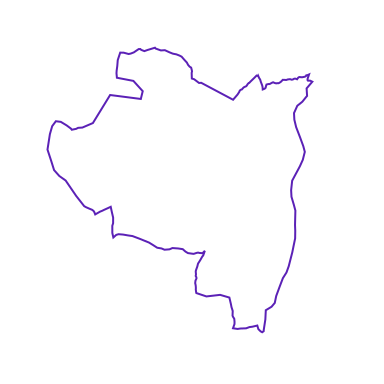 Obowo, Imo, Nigeria, rotated 351°
{"feature_id": "59680162B2017456399117", "entity_name": "Obowo", "entity_type": "district", "adm_level": 2, "iso_a3": "NGA", "parent_name": "Nigeria", "parent_adm1": "Imo", "projection": "equal_earth", "projection_center": [7.374, 5.555], "detail": "fine", "context": "isolated", "style": "outline", "palette": "violet", "viewbox_px": 384, "rotation_deg": 351, "n_neighbors": 0, "source": "geoboundaries", "source_scale": "gbopen_adm2", "svg_char_len": 3320}
<svg xmlns="http://www.w3.org/2000/svg" viewBox="0 0 384 384"><g transform="rotate(351 192 192)"><path d="M305.0,144.2L304.4,136.6L305.1,130.0L309.5,123.3L315.1,120.1L319.5,116.1L320.7,115.1L321.4,107.6L328.1,101.9L326.1,100.5L324.0,100.2L323.6,99.4L324.0,98.0L326.0,94.2L324.1,94.7L323.2,94.6L322.7,95.3L321.5,95.8L318.7,95.9L317.3,95.6L316.5,95.3L315.7,95.3L314.8,95.7L313.4,97.1L312.1,96.3L311.0,96.1L310.3,96.2L309.4,96.6L308.1,96.7L306.5,95.9L304.1,95.8L302.8,96.1L299.2,95.4L297.9,96.4L296.8,97.2L296.1,97.5L295.2,97.9L294.1,98.1L293.1,97.8L292.2,97.9L290.8,97.3L290.0,96.8L289.5,96.4L288.6,96.4L288.0,96.7L287.2,96.9L286.5,97.2L285.9,97.4L285.2,97.5L284.3,97.3L282.8,97.5L282.4,97.5L281.8,98.6L281.0,100.6L280.0,101.3L278.9,101.6L277.9,101.8L278.0,100.6L278.1,99.4L278.0,97.8L277.6,95.8L277.2,93.9L276.9,91.6L276.1,89.8L275.8,88.7L275.5,87.5L275.3,87.8L274.0,87.1L271.3,89.1L267.0,92.1L265.6,93.2L265.1,93.2L263.9,94.1L262.7,95.5L262.1,96.0L260.9,96.3L259.6,96.7L259.1,97.0L257.3,98.5L256.0,98.7L255.0,99.4L254.2,100.7L252.2,102.9L247.0,107.3L218.2,85.6L216.0,85.4L211.8,81.0L209.6,79.9L209.8,78.2L210.3,74.3L210.9,72.8L210.8,70.8L210.6,69.0L209.3,67.9L208.0,65.8L207.2,63.4L204.9,59.9L202.9,56.7L201.0,55.3L198.1,53.6L195.6,52.7L194.6,52.3L191.6,50.5L187.4,47.7L183.4,47.3L178.5,44.6L178.0,43.7L170.1,44.8L167.0,45.4L164.1,43.7L163.3,42.7L161.7,42.5L158.9,43.8L156.4,45.0L153.1,45.7L151.0,45.8L146.3,43.7L142.9,43.1L139.3,50.1L137.9,55.9L136.6,60.2L136.0,62.8L135.7,67.4L151.5,73.1L159.1,84.7L156.0,92.1L126.3,83.4L104.9,108.4L93.8,111.2L89.5,110.8L87.5,111.5L83.0,111.7L82.4,110.5L78.6,106.6L73.4,102.2L68.6,100.8L64.2,105.1L60.7,112.6L55.9,127.5L57.8,139.3L59.2,148.8L63.5,155.5L69.0,160.9L77.0,177.8L83.3,189.1L84.9,190.4L88.0,192.4L90.6,194.0L91.8,195.3L92.4,196.7L92.7,198.1L92.9,199.0L93.4,198.8L98.2,197.0L100.4,196.5L102.3,195.9L106.3,194.8L109.4,193.9L109.7,199.3L110.1,205.0L109.2,210.5L108.0,212.9L106.9,220.0L107.2,224.6L110.5,222.5L112.9,222.2L117.4,223.3L122.1,224.9L126.3,226.2L132.8,229.9L141.6,235.2L145.0,238.1L148.9,241.6L153.1,243.0L155.8,244.7L160.8,245.1L163.9,244.3L169.5,245.6L173.9,247.0L176.2,249.8L178.4,251.7L183.7,253.3L184.4,253.3L186.8,252.9L188.0,252.8L188.9,252.9L189.6,253.3L192.8,254.1L195.5,252.1L194.8,253.3L194.7,253.5L194.6,253.8L193.8,255.2L193.1,256.5L192.2,257.2L191.3,258.3L189.4,260.7L186.9,263.5L186.6,264.0L185.6,266.4L184.5,268.4L183.6,270.1L183.3,270.9L183.1,272.7L183.1,273.5L183.0,274.1L182.8,274.7L182.5,275.5L182.9,276.6L183.0,277.7L182.7,278.4L181.6,280.0L180.9,282.5L181.0,284.0L181.0,285.4L180.8,287.5L180.5,288.8L180.4,291.6L180.5,292.5L189.9,297.4L203.7,298.0L212.4,302.1L212.9,308.9L213.0,311.9L213.3,313.8L213.6,315.9L212.7,320.5L213.0,321.7L213.9,323.8L213.7,326.9L213.3,329.1L211.2,333.0L215.6,334.4L218.3,334.4L224.1,335.1L227.7,334.4L230.5,334.5L235.6,334.1L236.1,337.8L236.8,338.8L238.0,340.4L239.4,341.5L241.0,340.7L241.3,339.4L244.5,329.4L246.4,320.3L252.6,317.8L256.4,314.5L258.9,307.9L264.0,298.8L268.3,291.3L272.7,286.3L275.9,280.5L278.4,274.7L281.6,267.3L283.4,262.5L283.5,262.2L286.6,254.0L287.9,246.5L288.6,240.7L291.2,226.5L290.6,220.7L289.5,212.3L290.2,205.7L292.7,196.5L297.1,190.7L301.2,185.3L302.7,183.3L306.5,177.5L309.7,170.0L309.1,164.2L307.3,155.0L305.6,147.0L305.0,144.2Z" fill="none" stroke="#5b21b6" stroke-width="2"/></g></svg>